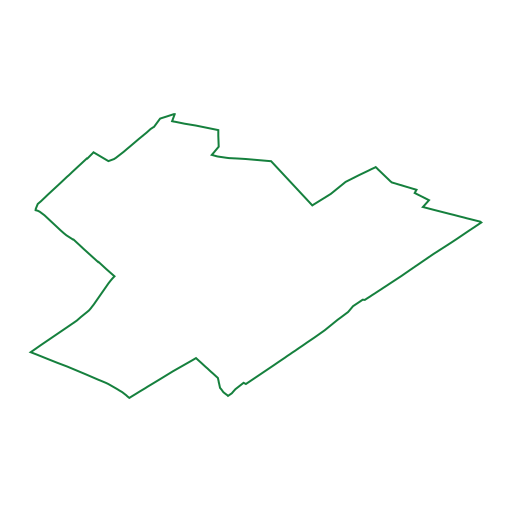 the district of Olaine, Olaines, Latvia
{"feature_id": "27541924B43954126847535", "entity_name": "Olaine", "entity_type": "district", "adm_level": 2, "iso_a3": "LVA", "parent_name": "Latvia", "parent_adm1": "Olaines", "projection": "natural_earth1", "projection_center": [23.924, 56.791], "detail": "fine", "context": "isolated", "style": "outline", "palette": "green", "viewbox_px": 512, "rotation_deg": 0, "n_neighbors": 0, "source": "geoboundaries", "source_scale": "gbopen_adm2", "svg_char_len": 3051}
<svg xmlns="http://www.w3.org/2000/svg" viewBox="0 0 512 512"><path d="M218.3,130.1L195.6,125.5L184.6,123.7L174.8,121.7L174.4,121.7L172.1,121.2L174.7,114.2L174.2,114.1L173.7,114.2L167.0,116.4L161.6,118.1L160.1,118.6L154.0,126.9L153.2,127.3L152.0,128.1L150.6,129.0L146.6,132.6L138.9,138.9L136.9,140.6L134.9,142.3L132.2,144.6L129.5,146.9L128.5,147.7L128.2,148.0L127.9,148.2L125.8,150.0L123.7,151.8L119.7,154.9L115.7,158.0L114.7,158.6L114.2,159.0L108.4,161.1L93.5,152.3L92.6,153.3L87.3,158.6L86.9,158.4L71.9,172.3L71.0,173.2L69.0,175.1L66.9,176.9L61.2,182.3L54.5,188.5L47.8,194.7L40.9,201.3L37.8,203.9L37.6,204.3L36.1,208.0L36.0,208.3L35.9,208.5L35.7,209.1L35.6,210.2L37.6,210.7L39.7,211.7L44.5,215.3L53.7,223.9L60.2,230.0L63.7,233.1L66.4,235.3L73.1,239.6L73.5,239.5L83.6,248.9L98.2,262.1L98.5,261.9L106.3,269.1L112.9,274.9L114.5,276.3L112.4,278.5L110.7,280.5L108.5,283.3L98.9,297.1L93.6,304.7L91.7,307.1L90.9,308.2L89.0,310.4L87.1,312.0L85.1,313.6L83.0,315.3L80.9,317.0L76.8,320.6L66.3,327.8L41.0,345.0L30.7,352.2L36.6,354.5L47.5,358.9L57.3,362.8L67.1,366.5L73.8,369.3L86.2,374.5L95.0,378.3L98.7,379.9L100.5,380.6L106.0,382.9L107.9,383.8L109.0,384.4L116.5,388.7L118.0,389.6L119.4,390.5L120.8,391.3L122.3,392.2L126.4,395.4L127.3,396.3L129.3,397.9L131.1,396.8L131.9,396.3L136.0,393.8L139.7,391.5L145.4,388.1L147.4,386.8L152.4,383.8L160.5,378.9L172.9,371.3L191.9,360.5L196.0,358.1L198.5,360.4L201.3,362.9L204.0,365.4L205.2,366.5L206.9,368.0L207.3,368.3L209.5,370.4L211.9,372.6L212.0,372.6L214.2,374.6L216.7,376.9L217.2,377.3L217.5,377.6L217.9,378.0L218.7,381.6L218.7,382.0L218.9,382.7L219.2,384.0L220.0,387.7L220.0,387.8L221.5,389.6L223.3,392.1L224.5,393.1L226.6,394.7L226.8,394.8L227.3,395.2L228.0,395.9L229.9,394.6L231.8,393.3L233.6,391.2L235.4,389.2L243.6,382.8L245.9,384.0L253.8,378.7L274.0,365.1L278.5,362.0L285.2,357.5L286.4,356.6L287.7,355.7L290.0,354.2L292.4,352.5L294.9,350.9L296.9,349.5L298.9,348.1L302.2,345.9L305.5,343.6L306.6,342.8L307.8,342.0L312.4,338.9L314.2,337.7L315.9,336.5L317.6,335.3L319.3,334.1L320.7,333.1L322.7,331.7L324.8,330.2L331.2,325.0L337.6,319.8L340.9,317.4L344.1,315.0L346.1,313.5L348.0,312.1L349.4,310.5L352.5,306.8L353.0,306.2L362.7,299.7L364.8,299.9L367.4,298.2L370.1,296.5L372.0,295.2L373.9,294.0L401.4,276.0L406.0,272.8L408.2,271.3L410.3,269.8L411.7,268.9L413.1,267.9L420.0,263.2L429.2,256.9L433.3,254.1L451.4,242.5L457.0,238.8L469.1,230.6L481.3,222.5L480.8,222.1L480.4,221.7L469.3,218.9L466.8,218.3L464.3,217.6L459.1,216.3L453.8,214.9L449.7,213.9L434.4,210.0L422.9,207.0L424.0,205.8L429.0,200.2L414.7,193.0L416.5,189.8L404.1,186.1L391.7,182.4L391.3,182.0L390.4,181.3L389.6,180.5L384.4,175.5L379.1,170.4L378.2,169.6L377.4,168.7L375.7,167.1L374.8,167.6L371.5,169.1L368.3,170.7L359.5,174.9L357.5,175.9L345.6,181.9L330.8,193.9L313.7,204.5L312.3,205.4L271.1,161.2L270.3,161.1L269.8,161.1L245.7,159.0L237.3,158.5L229.0,158.1L226.6,157.8L223.2,157.3L219.7,156.8L218.4,156.6L217.2,156.4L211.8,154.9L214.2,152.1L214.6,151.6L215.0,151.1L218.7,146.7L218.3,135.7L218.3,130.1Z" fill="none" stroke="#15803d" stroke-width="2"/></svg>